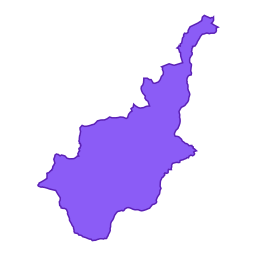 Frodisia, Nicosia, Cyprus (Albers equal-area conic projection)
{"feature_id": "46923920B95052440954476", "entity_name": "Frodisia", "entity_type": "district", "adm_level": 2, "iso_a3": "CYP", "parent_name": "Cyprus", "parent_adm1": "Nicosia", "projection": "albers", "projection_center": [32.668, 35.09], "detail": "fine", "context": "isolated", "style": "filled", "palette": "violet", "viewbox_px": 256, "rotation_deg": 0, "n_neighbors": 0, "source": "geoboundaries", "source_scale": "gbopen_adm2", "svg_char_len": 5632}
<svg xmlns="http://www.w3.org/2000/svg" viewBox="0 0 256 256"><path d="M104.3,238.6L104.5,238.4L105.3,238.5L106.1,238.6L106.8,238.1L107.3,236.6L108.0,235.9L108.3,234.7L108.8,233.7L109.3,232.8L109.7,231.9L110.2,230.6L110.1,228.6L110.6,226.7L110.6,225.4L110.7,223.6L111.0,222.7L111.4,221.7L112.1,220.8L112.8,219.8L113.5,218.4L113.9,217.3L114.3,216.1L114.8,215.0L115.4,214.2L116.0,213.3L116.6,212.6L117.2,211.9L118.0,211.4L119.6,211.1L121.1,210.6L122.0,210.4L122.8,210.9L123.6,210.7L124.4,209.9L124.9,208.9L126.1,208.2L127.0,207.7L128.7,207.6L130.2,208.0L131.6,208.6L133.1,209.3L135.1,209.8L136.2,209.7L138.2,209.7L140.1,210.5L141.6,210.8L142.9,210.6L144.3,210.2L146.4,209.5L147.9,208.8L149.6,208.2L150.4,207.1L151.7,205.5L152.4,204.6L154.3,204.1L156.0,203.1L156.7,201.9L156.2,200.2L156.8,198.5L157.5,196.9L159.5,193.9L159.8,192.1L160.0,190.4L161.0,188.4L160.1,186.2L160.3,182.6L160.5,180.9L161.2,179.4L161.7,178.4L162.1,177.5L163.2,177.0L163.8,176.1L164.8,174.9L164.3,173.7L165.0,172.9L166.2,173.3L167.7,173.0L168.2,172.2L168.1,170.6L168.5,169.4L169.8,169.6L171.4,169.6L171.2,168.3L171.7,166.9L171.6,165.2L172.5,163.4L174.2,162.9L175.3,162.6L177.1,162.3L178.1,162.6L179.7,162.4L180.1,160.5L181.1,160.2L183.2,159.7L184.3,159.1L185.9,158.6L187.1,157.6L188.5,157.8L189.1,156.2L190.9,155.1L192.7,155.8L194.2,154.7L194.6,153.8L193.7,152.0L194.8,151.3L196.5,150.8L195.3,149.7L194.3,148.8L193.3,148.5L193.2,146.9L192.2,146.6L191.9,145.5L190.5,145.5L189.0,145.7L187.9,144.4L186.7,143.6L185.4,143.5L184.1,142.3L182.3,141.1L181.5,139.3L180.7,138.5L179.8,137.7L178.9,136.9L177.9,136.5L176.6,136.3L175.2,136.3L174.5,134.8L174.5,133.2L175.9,130.3L177.1,129.2L177.9,128.4L178.4,127.1L179.1,125.5L179.6,124.0L179.9,123.0L180.1,121.4L180.1,119.8L179.9,118.4L179.5,117.2L179.7,115.9L179.7,114.3L179.3,113.2L179.0,111.5L179.9,109.7L181.3,107.4L182.4,106.8L183.5,106.3L184.8,105.5L185.7,104.5L186.3,103.5L187.2,102.7L188.0,101.4L188.4,100.5L188.7,99.3L188.7,98.3L188.9,97.4L189.5,95.7L189.8,94.3L189.3,92.5L188.9,91.6L188.4,90.6L187.8,88.5L188.0,86.9L187.9,84.8L186.9,83.0L187.2,81.8L186.8,80.9L186.9,79.9L187.0,78.7L187.3,77.8L188.0,76.3L189.2,75.3L191.2,74.9L191.5,73.0L190.7,71.0L191.1,67.3L191.4,65.7L191.4,64.2L190.5,63.4L189.7,62.2L189.6,59.6L189.9,58.1L190.6,56.8L191.1,55.9L192.1,54.6L192.2,52.8L191.4,51.6L191.9,50.0L191.9,48.4L192.7,47.6L192.5,46.4L195.0,46.0L196.8,43.3L197.3,41.8L199.7,37.9L200.4,36.4L202.3,34.2L203.9,34.0L205.6,33.4L206.9,33.0L208.1,33.3L209.2,33.7L210.9,33.2L212.6,33.2L214.2,33.2L215.8,32.1L216.4,30.8L216.2,28.0L218.1,27.2L215.6,25.9L213.7,24.8L211.4,23.2L212.7,21.9L213.6,20.2L213.5,17.0L212.9,17.6L211.3,17.6L210.4,18.2L207.7,16.9L206.6,16.5L205.0,15.7L204.3,15.4L202.4,17.1L201.7,20.6L198.0,23.0L190.1,26.8L188.2,30.3L188.0,32.5L186.2,33.5L184.5,33.2L183.6,34.9L183.7,36.5L182.5,38.1L182.1,40.8L181.6,43.1L180.3,43.9L180.3,46.0L179.1,45.5L178.9,46.4L177.0,48.0L178.5,48.5L179.0,49.9L179.3,50.8L179.5,52.0L180.5,52.5L180.7,56.1L182.7,62.7L174.1,65.3L169.1,63.8L161.6,66.8L162.6,67.5L162.4,69.5L163.4,71.8L163.2,74.5L161.4,76.5L160.2,79.7L158.5,81.9L155.0,83.3L153.2,83.1L151.1,79.6L149.3,79.6L147.3,78.2L143.8,78.2L143.8,79.1L143.8,79.9L143.6,81.9L143.6,82.6L142.9,84.7L142.7,85.1L142.2,85.7L141.4,86.5L141.3,87.2L141.1,88.5L141.3,89.6L141.7,91.0L142.1,91.7L142.6,92.9L145.3,96.1L144.9,98.1L145.8,99.5L146.1,100.0L148.0,101.3L148.6,103.2L149.6,106.0L147.1,106.2L145.6,106.6L144.4,107.2L143.6,107.6L142.0,107.8L140.1,108.1L138.5,107.6L137.9,107.4L135.2,105.7L133.7,104.2L133.2,107.1L131.0,108.6L131.5,109.8L132.0,111.1L131.2,111.6L130.3,112.1L129.6,113.1L128.6,114.3L128.5,114.8L128.0,116.3L127.6,117.7L126.1,118.5L125.0,118.0L123.4,117.3L122.5,117.2L120.1,117.0L118.4,117.5L117.7,117.6L115.9,117.8L113.0,117.8L112.0,117.8L109.7,117.0L108.9,117.5L107.3,118.7L104.6,119.9L100.9,120.0L97.4,120.9L96.1,122.4L94.8,123.6L94.4,124.1L91.5,124.9L90.8,125.2L88.4,125.9L86.2,126.3L84.3,126.3L82.1,125.4L80.0,127.8L80.1,129.8L80.6,131.3L80.0,134.9L79.6,135.8L79.3,138.4L79.4,139.2L78.9,141.1L79.5,142.1L79.4,143.3L80.3,143.5L80.5,144.2L80.3,144.6L80.4,145.0L80.8,145.0L80.9,145.4L80.5,146.7L80.1,147.2L80.2,147.9L79.9,148.1L79.3,148.1L78.9,148.6L79.1,149.7L79.6,150.4L79.5,151.2L79.0,151.3L78.4,152.6L78.2,153.1L77.8,153.9L78.2,154.7L78.2,155.6L78.7,156.0L78.2,156.2L77.5,156.0L77.3,156.1L77.4,156.3L77.0,156.6L76.7,156.8L76.0,157.3L75.5,157.6L75.1,158.0L74.5,158.3L74.3,158.5L73.1,158.7L70.2,158.8L69.4,158.8L67.1,158.3L65.0,156.0L63.8,155.6L61.5,155.0L60.1,155.8L59.7,155.6L58.2,154.4L57.4,154.3L56.4,154.0L55.0,155.1L54.8,156.5L53.8,159.2L54.8,162.8L54.9,163.2L54.7,163.5L54.1,164.3L53.7,165.4L53.2,165.8L53.0,166.5L52.8,166.7L52.6,167.2L52.8,167.9L52.3,169.0L51.7,169.5L51.7,170.3L50.8,170.6L48.6,172.8L47.2,173.0L46.8,173.7L47.1,174.7L46.9,178.5L45.7,179.2L44.6,180.0L41.7,181.7L39.2,183.0L38.6,184.5L37.9,185.1L38.3,186.0L39.3,186.5L39.9,186.7L40.8,187.1L41.6,187.1L42.5,186.9L42.8,187.2L44.5,187.4L47.4,188.2L49.5,189.0L54.5,190.2L55.7,190.4L57.7,193.9L60.3,197.8L60.1,200.4L59.3,201.8L59.6,204.3L59.7,205.5L60.8,206.4L61.1,207.9L63.0,208.4L64.6,208.4L66.4,209.4L67.7,212.3L67.5,213.8L69.4,218.2L69.5,220.3L71.0,223.0L71.5,223.7L71.7,224.4L72.3,225.6L72.7,226.1L73.4,226.9L73.5,227.6L73.6,228.5L73.8,229.2L74.1,230.0L74.0,231.4L74.4,232.2L74.5,232.8L76.2,233.3L77.6,233.4L78.2,234.1L78.9,235.1L79.5,235.1L80.7,235.2L81.7,235.6L82.3,236.3L82.9,236.8L83.6,236.9L84.5,237.2L85.9,237.6L87.0,238.1L88.2,238.6L89.5,239.1L91.1,239.2L92.3,240.6L93.1,240.5L94.1,240.3L95.2,240.3L96.0,240.1L97.3,239.5L98.6,239.2L99.7,238.8L101.0,238.7L102.4,238.8L103.7,239.0L104.3,238.6Z" fill="#8b5cf6" stroke="#5b21b6" stroke-width="1.5"/></svg>